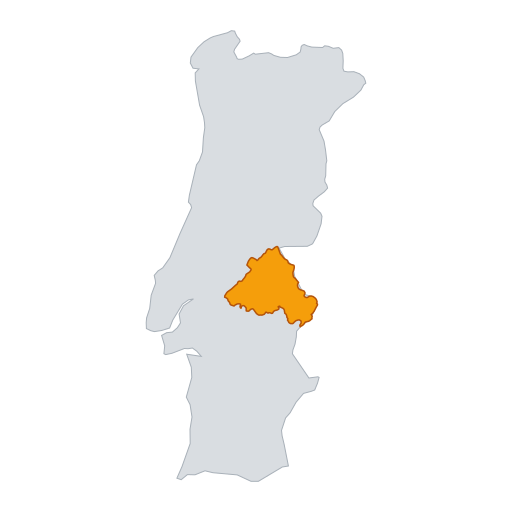 where Portalegre sits in Portugal
{"feature_id": "PRT-747", "entity_name": "Portalegre", "entity_type": "District", "adm_level": 1, "iso_a3": "PRT", "parent_name": "Portugal", "parent_adm1": "", "projection": "orthographic", "projection_center": [-7.639, 39.223], "detail": "fine", "context": "in_parent", "style": "filled", "palette": "amber", "viewbox_px": 512, "rotation_deg": 0, "n_neighbors": 0, "source": "natural_earth", "source_scale": "10m", "svg_char_len": 5127}
<svg xmlns="http://www.w3.org/2000/svg" viewBox="0 0 512 512"><path d="M197.8,47.6L204.0,41.8L210.1,38.0L213.5,36.5L227.6,32.7L231.3,30.7L234.7,31.1L235.3,33.0L237.2,36.7L239.5,39.3L240.1,41.2L234.6,49.2L233.8,51.9L236.6,57.1L237.1,58.6L238.5,59.3L242.3,59.1L249.1,55.9L253.7,53.1L255.3,54.2L268.6,52.7L271.7,54.0L273.8,55.4L280.4,57.3L287.5,57.5L296.3,54.8L300.2,52.0L300.9,49.0L301.1,46.8L302.2,45.3L304.2,44.5L307.3,45.9L311.8,47.1L322.6,47.5L324.7,45.8L328.4,46.3L333.2,48.3L338.8,47.6L341.6,50.1L342.8,53.5L343.2,60.9L342.9,68.4L344.0,71.2L347.8,71.9L353.9,71.7L359.4,73.7L363.7,77.1L365.2,80.7L365.8,83.2L363.8,84.7L360.9,90.1L353.5,97.1L342.9,103.6L334.8,111.5L329.2,120.9L322.2,125.0L320.0,127.1L319.2,129.7L324.0,141.1L325.5,149.9L326.8,160.8L326.0,163.8L325.7,175.8L324.7,179.3L325.0,182.1L326.8,185.1L327.6,188.1L324.3,191.8L318.4,196.2L314.0,200.0L312.8,203.5L313.1,205.8L320.7,213.2L322.0,216.3L321.1,223.8L316.9,236.0L312.8,243.4L312.1,244.1L307.3,246.3L284.6,246.5L279.1,248.1L279.9,249.6L285.2,259.1L290.8,264.2L292.7,265.4L294.7,276.5L303.9,294.3L312.7,296.7L315.8,301.1L315.3,307.4L312.6,314.3L307.2,321.3L300.8,326.3L296.6,331.2L296.3,337.0L295.0,344.2L292.9,350.0L292.4,353.8L308.9,378.0L317.9,376.8L319.1,377.4L317.5,383.2L314.7,390.0L311.3,391.3L303.5,393.4L296.1,402.2L290.1,412.8L285.6,417.9L281.5,430.4L282.1,435.8L284.1,444.2L288.4,466.0L282.3,467.0L258.4,481.3L251.0,481.3L237.2,474.9L212.9,472.7L205.0,470.8L195.0,474.8L187.4,474.6L181.2,479.7L176.9,478.2L182.0,466.6L190.2,443.5L190.0,429.3L192.0,417.0L190.1,404.7L186.3,397.1L191.8,377.4L191.3,367.2L186.7,354.2L201.3,356.4L196.8,351.2L192.4,348.0L188.1,348.7L184.4,348.5L171.9,353.3L165.7,354.6L163.9,353.7L164.7,345.8L161.6,335.4L166.6,332.7L172.4,332.1L177.4,327.7L180.5,322.9L179.1,314.0L183.5,305.8L193.5,298.9L188.4,299.9L182.4,304.2L172.8,320.0L169.6,328.0L161.6,330.5L154.4,331.6L150.8,330.7L146.4,328.6L146.2,322.6L146.6,317.9L149.7,308.5L151.2,295.2L155.6,283.3L155.3,280.2L154.2,275.4L158.1,270.8L162.7,267.9L169.9,257.7L180.0,233.5L191.6,207.7L190.7,204.6L188.4,202.1L189.4,195.1L196.5,164.8L199.3,160.8L202.5,152.0L203.4,137.6L204.8,127.7L204.5,122.7L203.6,116.7L199.6,105.2L195.4,81.0L195.2,72.9L198.9,68.9L193.0,68.2L190.3,63.0L191.0,57.1L197.8,47.6Z" fill="#d9dde1" stroke="#a8b0b8" stroke-width="1"/><path d="M308.6,321.3L305.5,322.0L304.8,322.6L304.4,323.4L303.5,324.5L302.4,325.5L301.4,325.9L300.4,326.7L299.9,326.1L299.9,325.3L300.0,324.8L301.1,323.2L301.1,322.7L301.1,321.5L300.9,320.9L300.0,320.3L299.2,319.9L298.0,320.0L295.9,320.7L294.5,321.9L293.1,323.4L292.1,323.7L291.8,323.6L290.6,323.6L289.5,323.0L288.9,322.5L288.0,320.8L287.5,320.1L287.9,318.8L286.9,317.3L286.8,316.2L286.2,314.4L284.7,313.1L284.7,312.1L284.5,311.6L284.3,310.1L283.9,309.2L282.8,308.2L280.1,307.0L279.7,306.2L279.1,306.2L278.2,306.9L278.7,307.6L278.9,308.0L278.9,308.6L278.7,309.2L278.0,309.6L277.0,310.1L275.6,310.4L274.6,310.7L273.6,311.5L273.1,312.2L272.8,312.8L272.5,313.2L272.2,313.3L271.6,313.4L270.1,312.8L269.4,312.7L268.8,312.7L268.1,313.1L267.5,312.9L266.5,312.3L265.9,312.2L264.8,313.6L264.2,314.3L262.0,315.1L260.5,315.0L259.9,315.1L259.2,315.1L258.5,315.0L256.5,313.6L253.5,309.4L252.7,308.8L251.2,309.1L250.1,309.8L249.7,310.4L249.2,310.8L248.7,311.1L248.1,311.2L246.4,311.0L246.2,310.8L246.2,309.8L246.2,308.5L246.0,307.7L244.5,306.1L244.4,306.0L244.1,305.8L243.5,305.6L242.4,305.8L241.6,306.1L241.5,306.4L241.3,306.9L241.3,307.4L241.2,308.0L240.8,308.1L240.3,307.6L240.0,306.4L240.3,305.2L240.5,304.7L240.5,304.2L239.4,303.8L237.5,303.9L237.0,304.0L236.5,304.4L235.4,304.8L234.0,306.0L231.0,305.0L230.1,304.2L230.0,303.6L229.7,302.9L229.3,302.0L228.5,301.3L228.1,300.6L227.9,300.0L227.7,299.1L227.0,298.5L226.3,297.9L224.7,297.2L224.8,295.8L226.8,292.6L227.7,291.7L231.5,289.0L235.5,285.3L237.2,284.0L237.9,282.1L238.8,281.3L239.4,281.1L240.8,281.4L241.8,281.1L242.2,280.7L242.6,280.3L242.8,279.8L244.4,277.9L245.4,276.4L245.7,275.7L246.0,274.6L246.4,274.1L249.7,271.9L251.1,269.8L251.0,269.2L250.7,268.6L249.6,267.8L246.9,265.0L248.4,261.2L249.8,259.1L251.0,257.9L251.9,257.6L253.2,258.0L256.0,259.5L256.9,260.4L257.0,260.5L257.4,260.3L257.7,260.1L259.0,258.5L259.4,258.2L260.9,257.3L261.9,256.2L262.8,254.9L263.9,253.7L265.3,253.2L265.7,252.6L266.3,251.2L267.2,249.7L268.3,248.9L269.8,249.0L271.0,249.7L272.1,249.8L273.6,248.6L274.5,247.8L275.7,247.0L277.0,246.5L277.7,246.8L278.2,248.0L280.4,254.1L281.6,255.2L283.7,257.9L284.8,259.0L287.1,260.2L287.7,260.9L288.3,262.9L289.4,263.7L290.8,264.4L293.7,265.2L294.2,266.0L294.2,267.9L293.8,269.9L293.3,271.2L292.9,272.4L293.0,274.4L293.3,276.2L293.8,277.3L295.1,278.3L298.5,282.4L297.6,284.0L297.5,285.9L298.0,287.6L299.0,289.0L300.7,289.9L302.5,290.4L304.2,291.2L305.0,292.8L304.9,293.7L304.1,295.4L304.2,296.2L304.9,296.9L305.9,297.4L307.0,297.6L307.8,297.2L309.4,296.2L311.2,296.0L313.0,296.5L314.6,297.6L315.7,298.6L316.6,300.2L317.1,301.9L316.6,303.4L317.4,304.0L317.5,304.8L317.1,305.7L316.5,306.6L314.2,311.1L312.7,313.2L311.2,314.5L312.2,316.2L311.9,317.6L312.0,318.8L311.4,319.2L310.6,319.9L309.7,320.7L308.6,321.3Z" fill="#f59e0b" stroke="#b45309" stroke-width="1.5"/></svg>